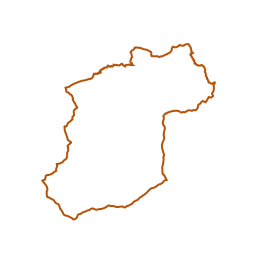 Mistrató, Risaralda, Colombia (Mercator projection), rotated 255°
{"feature_id": "7082276B87448620862857", "entity_name": "Mistrató", "entity_type": "district", "adm_level": 2, "iso_a3": "COL", "parent_name": "Colombia", "parent_adm1": "Risaralda", "projection": "mercator", "projection_center": [-75.911, 5.407], "detail": "fine", "context": "isolated", "style": "outline", "palette": "amber", "viewbox_px": 256, "rotation_deg": 255, "n_neighbors": 0, "source": "geoboundaries", "source_scale": "gbopen_adm2", "svg_char_len": 5862}
<svg xmlns="http://www.w3.org/2000/svg" viewBox="0 0 256 256"><g transform="rotate(255 128 128)"><path d="M99.3,31.7L96.7,32.7L94.0,34.0L92.3,34.4L89.6,34.3L89.0,34.1L87.9,33.0L86.2,32.7L85.2,32.3L82.5,32.1L82.1,32.3L82.0,32.7L80.9,34.2L80.2,34.7L77.6,37.6L77.2,37.8L75.4,38.2L74.2,38.9L73.7,39.3L73.1,40.3L72.5,40.9L71.9,41.2L70.5,41.5L67.9,41.5L66.9,42.1L66.1,42.2L64.2,42.9L63.4,43.1L62.5,43.1L61.7,43.3L60.6,43.8L59.6,44.9L59.3,45.8L58.5,47.1L56.9,48.9L55.6,50.3L53.7,51.7L53.7,53.0L54.5,55.1L55.1,55.7L56.6,56.8L57.3,57.5L57.4,58.3L57.3,59.5L57.4,60.4L58.1,61.8L58.2,62.6L58.4,65.4L58.6,66.3L58.8,67.8L58.7,69.4L59.4,71.0L59.6,72.5L58.9,74.0L58.3,74.6L57.3,76.1L57.1,77.6L57.1,79.2L56.7,81.3L56.7,83.2L57.3,86.7L58.0,88.0L58.2,89.2L57.9,90.0L57.1,91.1L56.7,92.9L56.3,94.0L55.3,95.3L54.4,97.0L53.7,102.3L52.3,103.8L52.1,104.2L52.3,105.4L52.8,106.4L52.8,108.1L53.6,111.7L54.1,113.0L55.2,114.2L56.0,117.7L56.0,118.6L57.6,121.2L58.2,123.3L60.4,128.9L62.4,132.1L63.7,134.7L63.7,138.2L64.0,139.5L64.5,140.6L65.4,143.0L65.5,145.1L65.7,146.0L66.5,147.8L67.5,148.9L68.0,150.8L67.9,151.4L67.8,151.8L68.7,151.7L72.7,150.8L73.9,150.3L74.6,149.6L76.7,149.9L81.8,151.1L83.5,152.2L85.8,153.3L89.0,154.4L91.1,154.8L92.4,155.9L99.7,155.7L102.7,156.3L104.9,157.6L108.3,160.2L109.4,160.5L112.0,160.7L113.2,161.0L118.1,163.5L119.5,163.8L122.2,162.8L123.9,162.9L125.1,163.4L127.8,165.1L129.2,165.3L130.1,165.2L130.5,165.4L132.0,167.4L132.4,168.1L132.0,169.0L132.8,170.9L132.8,171.4L132.5,171.9L132.8,173.0L132.9,174.4L132.6,176.1L132.6,177.6L131.8,180.3L130.9,181.7L129.5,183.0L129.1,183.8L129.1,185.4L128.5,187.4L129.3,189.5L129.3,191.0L129.0,192.7L128.0,194.1L128.4,196.0L128.1,196.9L127.7,197.7L127.7,198.2L128.3,199.3L129.3,200.4L130.7,201.2L131.8,201.6L132.0,201.8L132.4,202.4L132.9,204.3L133.2,204.6L133.7,205.0L134.6,206.6L134.7,206.9L134.3,207.9L133.5,208.6L132.8,209.6L133.3,210.0L133.7,210.8L135.1,212.0L135.9,213.1L137.0,213.9L136.7,214.7L136.1,215.6L135.9,216.3L136.1,216.6L136.6,218.2L137.3,218.5L138.8,218.0L139.7,218.3L140.1,218.5L140.7,219.4L141.8,220.3L144.6,221.4L146.3,221.6L147.3,222.0L149.3,223.7L149.6,224.3L149.6,222.6L148.8,220.7L149.4,219.8L150.9,218.3L151.1,217.7L151.5,217.6L152.0,218.0L153.2,217.5L154.2,217.6L154.7,217.1L155.4,217.1L156.3,217.4L157.1,217.0L157.5,217.0L158.0,216.6L158.7,216.9L160.4,217.2L162.2,216.7L162.7,216.8L163.8,217.6L164.1,217.7L165.3,217.5L166.1,217.5L167.6,217.2L168.6,216.3L169.8,215.6L169.9,215.0L169.6,214.3L169.6,213.9L169.9,212.7L170.2,211.8L170.7,211.7L171.1,210.7L171.5,210.3L171.8,210.2L172.1,210.0L172.5,210.1L172.8,209.7L173.2,209.7L173.3,209.1L173.8,209.4L174.3,209.3L174.7,209.3L175.2,209.0L175.7,209.4L176.1,209.3L176.3,208.8L176.5,208.7L177.3,209.1L177.6,209.1L178.8,208.2L179.8,208.3L180.8,207.8L181.4,207.8L182.0,207.4L182.4,207.2L182.8,207.3L183.6,207.8L183.7,208.3L183.3,208.3L183.2,208.7L183.8,209.4L183.7,210.1L184.3,209.9L185.5,209.0L187.8,209.4L189.0,209.2L189.5,209.4L192.9,208.3L193.2,208.2L193.6,207.5L193.9,206.4L193.6,204.1L193.5,203.7L193.1,203.3L193.1,202.8L194.0,200.3L194.3,200.0L194.7,199.8L194.9,199.5L194.2,198.2L193.6,196.0L193.6,195.0L193.8,194.3L194.3,193.1L194.9,192.6L194.0,191.3L193.5,190.9L192.1,190.4L191.1,189.6L189.9,187.8L189.5,185.3L189.1,184.6L189.1,183.3L188.4,179.8L188.5,178.8L188.7,177.8L188.4,176.8L189.2,175.4L189.9,174.8L189.9,173.8L191.3,169.5L192.2,169.3L194.5,169.9L195.3,169.9L196.7,168.7L197.6,167.5L198.8,166.3L200.0,163.5L200.9,162.5L201.6,161.2L202.1,160.8L202.4,160.5L202.7,158.8L203.6,157.0L203.9,155.3L202.9,154.8L202.7,154.1L202.1,153.2L201.8,151.7L200.9,150.5L200.4,150.1L199.9,150.4L199.5,150.5L195.5,150.3L195.3,150.2L194.7,149.4L194.1,148.9L193.7,148.9L192.1,147.6L191.6,147.4L190.1,147.8L189.8,148.0L189.6,148.5L189.0,148.4L188.2,148.5L187.5,149.0L187.8,147.8L188.2,147.1L188.3,146.3L189.0,145.8L189.1,145.5L189.0,144.4L189.3,143.1L189.3,142.1L189.2,141.7L188.6,141.7L188.3,141.4L188.5,141.2L188.4,140.8L188.6,140.6L189.3,140.3L189.8,139.5L191.2,139.2L191.3,138.8L191.6,138.5L191.7,138.3L191.3,138.0L191.2,137.7L190.7,135.5L191.4,134.1L191.8,133.6L191.7,133.0L191.9,132.4L192.3,131.4L192.7,131.0L192.9,130.5L192.0,130.1L191.5,129.0L191.4,128.7L192.2,128.1L192.2,127.6L191.7,127.0L191.7,126.6L192.4,125.8L193.3,125.2L193.5,124.6L193.3,124.3L192.5,124.1L191.9,123.5L191.9,122.6L192.4,121.8L192.4,120.7L191.8,120.3L191.9,119.2L191.4,119.0L191.5,118.3L191.1,117.3L191.3,117.0L191.2,116.8L190.1,116.3L190.1,116.1L190.4,115.7L190.2,115.5L189.5,115.5L189.2,116.0L188.9,116.0L188.9,115.7L188.5,115.5L188.8,115.0L188.4,114.1L188.9,113.8L188.3,113.0L188.3,112.8L188.7,112.4L188.3,111.7L188.9,110.8L188.9,110.6L188.6,110.2L189.2,109.2L189.0,108.9L188.2,108.5L187.1,107.8L185.9,106.7L185.1,105.1L185.4,103.6L185.2,98.3L185.5,96.3L185.3,92.2L184.7,87.3L183.9,84.0L183.2,82.1L183.0,80.6L183.1,78.1L180.9,78.1L180.1,77.9L179.0,78.0L178.2,78.5L177.8,79.4L177.5,79.7L176.7,80.2L175.6,80.6L174.8,81.7L173.9,82.2L170.8,82.6L170.0,82.0L169.3,82.1L166.4,82.7L165.5,83.3L163.5,83.4L161.1,84.3L160.6,83.9L160.4,83.3L159.9,81.5L158.6,80.1L157.7,79.8L156.9,79.7L156.2,79.4L155.2,79.4L154.6,79.2L154.2,79.0L152.9,77.1L152.2,76.8L151.0,76.8L150.6,76.4L150.0,74.9L149.3,74.2L149.2,73.3L148.3,71.4L147.8,70.8L146.2,69.7L145.6,68.7L145.6,68.0L146.0,67.5L145.7,66.9L145.0,67.0L142.5,66.3L139.7,66.4L139.0,66.6L135.8,66.8L132.2,66.8L129.9,68.5L129.6,68.9L129.2,69.2L128.8,69.2L128.4,69.0L128.1,68.5L128.0,67.9L127.4,66.9L127.0,65.8L126.2,65.0L125.7,64.9L124.8,65.1L124.1,64.8L122.7,64.8L121.1,64.0L119.9,62.8L117.4,62.2L114.8,61.0L114.4,60.6L114.1,60.1L113.9,59.2L113.5,58.6L113.1,57.4L112.4,56.7L111.7,55.2L111.3,51.9L111.7,50.3L111.7,49.9L109.3,49.6L107.1,48.0L105.4,47.7L105.2,47.4L104.9,46.5L104.9,46.0L103.6,43.0L103.2,40.7L103.2,39.8L103.1,39.1L103.5,37.8L103.1,36.2L100.4,34.9L100.0,34.6L99.6,34.2L99.5,32.6L99.3,31.7Z" fill="none" stroke="#b45309" stroke-width="2"/></g></svg>